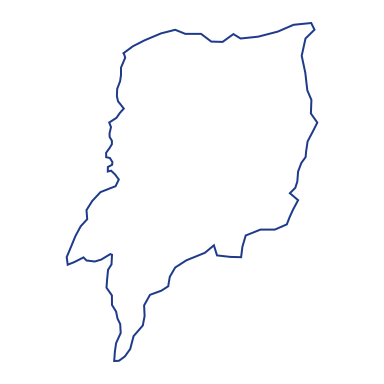 Akoursos, Paphos, Cyprus (orthographic projection)
{"feature_id": "46923920B92480044659447", "entity_name": "Akoursos", "entity_type": "district", "adm_level": 2, "iso_a3": "CYP", "parent_name": "Cyprus", "parent_adm1": "Paphos", "projection": "orthographic", "projection_center": [32.419, 34.879], "detail": "fine", "context": "isolated", "style": "outline", "palette": "blue", "viewbox_px": 384, "rotation_deg": 0, "n_neighbors": 0, "source": "geoboundaries", "source_scale": "gbopen_adm2", "svg_char_len": 1515}
<svg xmlns="http://www.w3.org/2000/svg" viewBox="0 0 384 384"><path d="M114.2,361.0L118.9,360.8L124.8,356.5L130.2,349.0L133.6,336.1L142.8,325.5L144.6,316.0L144.1,305.4L150.0,294.8L161.3,290.7L168.2,286.3L169.8,276.8L175.2,267.5L186.4,260.3L204.9,252.8L213.9,245.3L217.0,255.4L230.3,256.9L241.1,257.2L242.4,246.8L245.7,235.5L260.4,229.6L274.8,229.6L286.8,224.4L289.6,217.2L293.0,209.7L298.1,200.2L289.9,193.2L295.3,187.8L297.3,181.6L298.1,171.5L301.4,162.8L305.6,157.1L306.1,151.6L307.6,141.4L313.2,130.8L317.3,122.6L310.9,113.5L311.4,99.9L307.3,90.3L305.3,72.8L301.7,55.8L305.5,38.5L314.5,29.7L311.2,23.0L293.5,24.8L277.8,31.6L258.0,36.7L240.6,38.5L233.4,34.1L222.6,41.9L211.3,41.6L201.1,33.9L185.4,33.9L175.2,29.8L161.0,33.4L144.6,40.3L132.8,46.3L123.5,53.2L123.9,53.6L125.2,57.7L121.0,67.6L121.0,75.1L120.1,81.2L117.2,88.9L116.9,96.2L118.0,101.2L123.8,108.6L119.9,112.9L116.5,117.8L109.2,122.5L111.0,127.1L110.4,129.6L109.5,133.7L109.7,137.1L111.9,140.7L111.9,144.2L109.3,148.4L106.1,152.8L106.2,157.2L109.9,158.0L112.4,162.1L112.1,164.8L107.9,167.0L107.8,171.5L111.1,170.7L115.1,174.5L118.8,179.5L115.6,186.2L109.6,188.5L100.5,192.1L92.2,201.0L86.5,210.1L87.2,219.2L80.7,226.3L75.5,235.9L71.4,245.9L66.7,257.1L67.7,264.7L74.3,262.1L83.5,257.4L86.5,260.5L94.8,261.5L101.2,259.6L110.3,254.1L112.0,254.8L111.5,264.4L108.1,269.7L107.1,279.4L106.5,287.7L111.9,295.4L112.0,305.0L116.1,311.6L117.5,318.5L120.2,324.1L120.7,333.0L116.1,343.1L114.9,351.5L114.2,361.0Z" fill="none" stroke="#1e3a8a" stroke-width="2"/></svg>